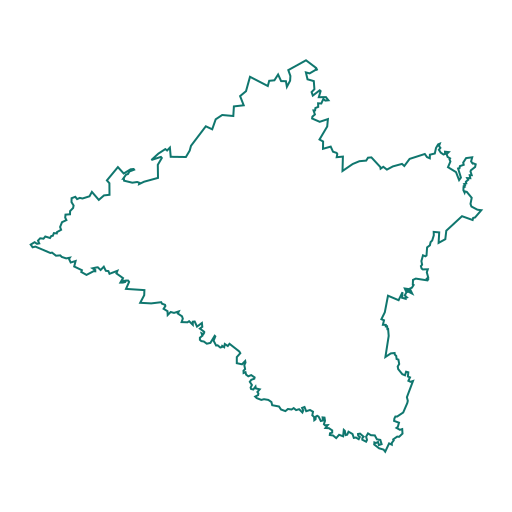 the district of Umgungundlovu, KwaZulu-Natal, South Africa
{"feature_id": "47623444B82303823139799", "entity_name": "Umgungundlovu", "entity_type": "district", "adm_level": 2, "iso_a3": "ZAF", "parent_name": "South Africa", "parent_adm1": "KwaZulu-Natal", "projection": "albers", "projection_center": [30.306, -29.53], "detail": "fine", "context": "isolated", "style": "outline", "palette": "teal", "viewbox_px": 512, "rotation_deg": 0, "n_neighbors": 0, "source": "geoboundaries", "source_scale": "gbopen_adm2", "svg_char_len": 6042}
<svg xmlns="http://www.w3.org/2000/svg" viewBox="0 0 512 512"><path d="M427.8,269.3L422.7,269.4L421.6,268.5L420.9,266.1L422.1,264.7L421.4,261.1L423.0,255.3L425.4,256.3L426.5,255.5L427.1,247.4L429.9,245.3L430.6,242.1L432.2,240.5L433.8,235.3L433.7,231.9L439.2,232.4L438.6,242.9L445.3,239.2L446.3,230.7L462.0,216.2L472.6,220.0L473.2,217.9L475.0,217.5L481.3,210.2L477.4,209.7L471.4,206.5L470.5,203.9L471.7,197.8L466.8,191.9L465.0,191.4L464.6,192.7L463.4,190.2L463.5,187.5L464.6,186.9L463.8,186.1L465.0,185.3L464.2,184.0L466.3,183.4L465.9,181.7L468.2,179.8L467.2,178.1L470.3,178.2L469.7,175.2L471.7,175.2L470.5,171.5L470.9,170.3L475.1,167.0L475.7,164.3L472.7,163.1L472.7,163.6L472.1,164.2L472.6,163.5L471.1,161.4L472.2,157.3L466.1,158.1L463.2,162.6L463.7,164.8L459.9,166.1L459.5,168.2L458.1,168.5L460.9,177.6L459.1,180.1L456.0,172.1L448.0,167.2L450.4,161.5L449.5,159.4L450.1,158.4L447.6,156.9L446.6,154.1L448.7,152.1L445.0,151.7L445.1,153.9L443.5,154.5L440.7,152.6L438.9,149.8L440.4,147.9L439.0,146.0L439.8,143.7L438.1,144.4L436.0,148.0L434.8,153.5L429.9,154.7L429.8,158.3L427.0,157.1L424.8,154.0L409.6,158.9L404.3,166.0L402.0,163.9L392.9,166.4L386.9,169.6L383.3,166.8L380.6,168.7L380.3,167.0L371.4,157.4L368.0,157.7L366.2,160.6L359.4,161.2L352.7,164.0L342.5,171.0L342.9,156.6L336.7,157.2L337.3,154.0L336.6,152.9L333.0,151.7L330.7,146.6L323.0,148.8L323.1,141.5L319.5,139.5L327.2,126.5L327.9,119.1L319.7,121.8L312.1,118.5L312.4,116.6L314.9,114.5L313.5,110.4L315.1,110.4L315.4,108.0L318.2,106.9L318.1,103.3L321.3,103.5L323.3,99.0L325.3,100.6L328.4,100.3L325.9,97.1L318.8,97.2L320.6,91.1L319.7,90.3L312.8,95.6L311.6,92.1L314.4,89.2L313.8,81.1L307.5,79.3L305.9,72.4L309.6,73.4L315.4,70.0L315.9,68.7L317.3,70.4L316.2,68.0L306.0,60.3L288.3,70.1L290.4,76.0L290.1,80.7L286.9,86.8L285.9,81.2L281.1,81.1L278.1,74.5L274.4,80.3L269.2,80.8L267.8,86.0L250.0,76.8L246.0,91.2L240.1,96.1L243.7,105.3L233.9,106.4L233.3,116.0L222.2,115.0L215.7,119.3L212.2,129.3L205.8,126.3L191.0,145.8L189.7,150.6L185.9,157.0L170.7,156.8L169.9,147.6L167.1,150.5L165.3,149.1L158.4,153.6L151.4,160.0L160.9,156.9L161.8,158.0L157.8,164.8L158.0,177.9L144.1,181.7L139.1,184.1L139.4,182.8L137.2,182.0L132.3,182.7L124.1,180.7L123.9,178.8L123.1,178.8L126.0,174.7L128.0,174.0L129.4,171.5L134.1,169.7L133.6,169.0L130.6,169.3L123.7,173.5L117.9,167.1L106.9,180.4L109.4,183.2L109.5,194.8L104.0,195.4L98.8,199.9L91.9,191.9L89.5,196.3L82.5,198.5L79.8,197.9L77.1,199.1L75.3,196.8L71.6,198.2L71.5,202.1L73.6,205.5L73.1,208.0L70.1,211.1L70.0,214.3L65.5,214.6L65.2,217.6L66.4,220.1L62.0,222.2L60.1,227.0L61.1,229.8L57.0,232.1L56.8,233.4L53.9,233.1L52.8,235.8L51.3,236.0L50.0,238.0L45.3,236.5L43.5,238.7L40.2,238.3L38.0,240.6L39.2,243.4L37.0,243.8L34.6,242.2L30.7,244.6L32.6,247.3L35.4,246.6L50.4,253.0L52.0,252.6L56.0,255.7L60.3,255.4L61.7,256.9L66.2,258.4L69.8,257.7L69.0,258.9L70.7,262.5L75.6,261.0L74.2,266.5L81.9,270.2L81.3,272.0L86.5,274.9L93.6,271.2L95.3,271.3L95.3,270.0L92.6,268.3L96.2,267.5L97.8,267.3L100.6,270.0L103.8,266.7L105.8,270.8L108.4,271.1L109.5,273.8L117.4,270.8L116.4,273.4L123.0,278.1L120.4,282.6L122.7,282.6L123.9,280.7L124.7,280.9L124.4,282.2L125.2,282.0L126.0,280.5L128.2,280.6L129.1,281.9L126.0,288.9L144.4,290.1L144.2,295.2L140.2,302.8L151.2,303.4L161.2,302.2L162.0,303.7L165.0,304.8L165.4,306.0L163.6,308.8L167.5,311.2L167.7,315.0L170.7,312.0L174.0,312.9L178.8,311.4L177.8,313.5L182.0,316.3L182.8,318.7L181.6,322.1L187.5,322.3L189.1,321.2L192.8,324.8L192.8,321.7L194.7,321.5L197.0,326.6L201.9,323.0L202.3,326.8L199.9,328.6L204.2,331.8L204.2,332.7L203.4,334.1L201.6,333.3L202.4,335.7L199.9,337.7L199.9,339.8L201.3,341.1L203.8,341.5L206.8,343.7L210.4,342.9L214.7,335.8L215.3,336.4L213.6,340.7L216.1,345.5L217.6,345.3L220.3,347.5L221.8,347.1L222.2,345.9L224.2,347.2L224.8,344.0L227.8,346.0L229.5,343.8L239.3,351.5L240.3,353.2L236.8,357.1L236.8,363.2L242.0,364.3L245.2,361.0L245.5,362.6L244.3,365.1L245.1,369.1L243.5,370.7L243.6,373.0L245.5,372.2L246.1,374.6L248.3,376.3L251.2,375.1L254.6,377.4L254.3,378.7L251.3,379.8L249.8,381.8L251.9,385.0L250.6,387.6L251.1,389.0L253.3,389.5L255.5,386.6L255.8,388.4L259.7,389.3L257.4,392.0L258.4,393.4L258.1,395.1L255.2,396.6L256.7,398.1L261.3,399.9L264.0,399.2L268.3,399.9L271.4,402.0L272.2,405.2L279.0,406.5L281.0,409.5L285.4,411.1L287.9,409.0L291.6,409.5L293.7,408.1L296.1,410.1L299.1,409.2L302.4,412.5L303.2,410.5L302.1,407.9L304.5,407.0L306.2,411.2L310.0,410.0L313.0,411.7L312.3,415.3L314.1,417.0L314.3,420.2L315.5,419.3L315.8,416.6L317.2,415.8L318.6,416.6L320.8,421.0L322.9,420.5L322.6,417.4L324.5,417.6L325.0,420.8L323.9,424.2L325.0,425.3L327.7,425.1L325.5,428.0L328.9,428.2L332.2,430.4L332.2,432.6L330.0,433.3L329.8,435.0L333.1,435.5L336.2,438.1L339.1,434.8L343.1,436.3L343.8,429.9L344.8,430.8L345.6,435.1L347.2,434.7L348.5,431.7L352.5,434.0L353.8,437.9L355.9,437.5L358.7,439.2L359.8,437.0L358.2,435.6L358.0,434.0L360.0,433.6L363.6,436.7L362.3,438.1L362.3,439.7L366.1,441.7L367.0,439.9L366.1,436.7L368.0,433.4L370.9,435.2L374.8,435.4L376.9,439.3L380.3,439.9L381.6,444.1L378.9,445.0L378.0,442.0L375.9,443.0L374.4,442.4L374.2,444.5L379.1,448.3L383.6,449.6L385.2,451.7L389.1,443.4L391.8,444.7L391.8,442.9L393.7,440.4L393.2,439.4L397.2,436.6L399.1,436.8L402.5,433.6L402.2,429.1L399.9,429.8L396.5,427.9L397.8,426.9L399.0,422.7L394.1,420.9L394.4,418.5L395.4,416.5L397.2,416.5L403.2,412.5L407.3,403.0L407.8,400.8L406.9,397.2L413.0,381.0L410.5,381.8L408.4,380.8L410.0,377.4L407.9,376.5L408.3,372.3L406.1,371.7L405.0,375.3L402.3,374.2L398.2,369.1L397.7,366.5L399.2,364.0L398.4,359.6L396.6,359.0L396.2,355.9L394.8,354.6L394.6,353.0L390.8,353.4L385.4,357.0L388.7,335.9L388.1,329.0L387.4,329.1L387.1,326.3L385.8,326.4L385.8,324.9L382.9,324.8L384.0,320.3L381.4,319.2L384.8,312.3L388.0,295.7L398.6,300.2L402.5,292.2L402.1,297.8L405.6,298.8L405.5,297.8L406.9,297.4L404.8,295.4L406.5,292.1L408.5,291.7L412.2,293.6L410.6,290.3L405.8,290.8L404.8,288.5L408.8,289.1L411.9,287.7L413.6,285.0L412.8,284.5L413.0,279.9L415.8,278.6L427.5,280.4L428.2,279.2L427.0,278.5L428.2,277.5L426.8,272.3L427.8,269.3Z" fill="none" stroke="#0f766e" stroke-width="2"/></svg>